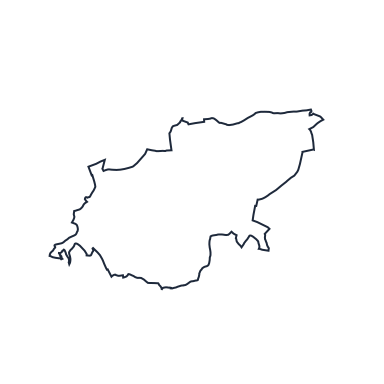 Madaras, Mures, Romania (Mercator projection), rotated 129°
{"feature_id": "2599482B13293210118033", "entity_name": "Madaras", "entity_type": "district", "adm_level": 2, "iso_a3": "ROU", "parent_name": "Romania", "parent_adm1": "Mures", "projection": "mercator", "projection_center": [24.418, 46.612], "detail": "fine", "context": "isolated", "style": "outline", "palette": "slate", "viewbox_px": 384, "rotation_deg": 129, "n_neighbors": 0, "source": "geoboundaries", "source_scale": "gbopen_adm2", "svg_char_len": 6064}
<svg xmlns="http://www.w3.org/2000/svg" viewBox="0 0 384 384"><g transform="rotate(129 192 192)"><path d="M280.2,147.8L279.5,146.8L279.1,146.5L278.0,145.8L276.3,144.4L274.6,143.5L272.5,142.1L271.7,141.6L270.7,140.7L270.2,140.0L269.7,139.8L269.4,139.4L268.3,138.5L266.5,137.8L263.8,137.1L262.7,136.8L261.8,136.2L260.7,135.1L260.1,134.6L258.7,133.6L258.0,132.9L257.4,132.4L257.0,132.2L256.7,132.1L256.4,132.2L255.5,132.7L253.7,133.3L253.2,133.5L252.8,133.8L251.8,134.2L251.4,134.5L251.2,134.8L250.8,135.0L248.3,135.8L247.6,135.9L247.0,135.9L246.5,135.8L244.7,136.0L243.7,135.7L242.5,135.3L241.7,134.8L240.3,133.8L239.3,133.4L238.3,133.3L236.5,133.9L233.8,135.4L231.6,137.0L230.0,137.6L229.3,138.0L227.2,139.7L225.6,141.4L224.0,143.3L221.7,145.6L219.7,147.1L218.2,148.0L217.4,148.2L215.1,149.5L214.7,149.6L213.6,149.1L212.6,148.4L209.8,145.8L209.0,145.3L208.3,144.6L206.7,142.7L205.7,141.3L204.8,139.7L203.9,138.3L203.5,137.9L202.7,137.2L202.4,136.9L201.9,136.8L201.0,136.6L198.0,136.3L198.2,133.6L197.9,131.8L197.5,130.2L199.6,129.2L200.4,128.8L200.7,128.0L202.1,126.4L202.5,125.5L203.1,122.9L203.2,121.1L203.4,119.9L203.8,118.7L200.0,119.0L198.9,119.3L196.0,119.4L193.9,119.3L192.5,119.5L192.3,119.5L191.9,119.5L189.9,119.8L189.6,119.7L189.2,119.4L188.6,118.3L188.3,116.3L188.3,115.5L188.3,113.6L188.3,112.0L188.6,110.7L188.5,110.4L188.7,109.8L188.8,109.4L189.7,108.4L191.4,105.9L192.2,105.1L192.6,104.8L194.1,104.3L193.7,103.8L193.0,102.0L192.8,101.3L192.4,100.6L189.5,95.6L188.6,96.2L187.9,96.6L187.4,96.9L187.2,97.3L186.9,98.1L186.9,98.6L186.3,99.6L186.1,100.1L184.4,102.3L184.0,103.3L183.2,104.4L182.8,105.4L181.5,106.7L179.3,108.1L178.8,109.1L171.9,108.6L171.7,110.9L172.0,112.3L174.3,122.3L175.9,127.0L171.2,129.8L163.0,134.2L162.4,133.3L156.6,136.2L155.9,135.3L153.4,133.4L151.9,132.6L149.8,131.7L147.0,130.8L144.7,130.3L137.6,127.9L130.5,126.5L124.8,125.2L123.3,125.0L118.7,124.1L114.9,122.8L110.0,122.9L107.8,123.4L102.4,125.7L91.6,131.1L91.3,131.4L85.2,126.5L83.3,125.0L82.6,124.5L82.4,123.9L77.0,129.1L72.0,134.6L71.2,136.1L70.2,137.5L69.4,139.4L69.3,140.4L65.2,138.6L60.8,138.0L59.3,137.7L56.0,136.7L53.2,135.5L52.7,138.8L52.7,140.1L54.4,145.3L54.8,146.7L54.8,147.0L56.9,147.5L58.4,148.8L57.3,149.8L55.8,150.3L54.6,149.7L53.8,150.3L53.1,151.5L56.5,154.4L59.2,157.3L63.6,161.2L64.3,162.0L65.1,163.1L65.8,163.9L70.0,168.2L71.3,169.1L72.3,169.8L74.5,171.9L75.4,172.9L76.7,175.0L79.1,177.7L79.5,178.3L79.8,178.9L80.0,180.0L80.4,180.9L80.9,181.9L81.1,182.3L83.9,186.0L86.1,188.7L86.7,189.3L88.6,190.9L90.5,192.2L90.8,192.3L92.0,192.4L94.1,193.0L96.5,194.0L99.2,195.2L103.7,196.7L105.7,197.5L106.7,197.9L108.3,198.8L109.1,199.0L109.4,199.3L109.5,199.5L110.5,200.3L113.8,202.6L116.6,205.2L117.2,206.1L117.8,207.1L117.8,207.4L117.8,207.8L118.0,208.3L119.9,212.8L120.9,214.0L121.0,214.3L121.0,214.8L121.0,215.9L120.9,217.4L120.9,218.9L121.0,220.6L121.2,221.6L122.0,223.0L122.9,223.7L123.4,223.9L125.2,225.5L127.9,228.4L129.8,226.7L136.6,233.0L141.6,237.3L141.2,238.2L140.7,239.0L142.7,244.8L140.7,245.8L140.9,246.0L142.1,245.6L143.8,245.4L144.4,245.5L144.9,245.4L145.3,245.1L149.2,245.7L151.7,247.5L152.9,248.2L153.8,248.2L155.1,248.0L157.7,246.9L158.9,246.6L160.6,246.5L165.1,242.1L172.5,234.2L175.9,238.0L176.9,238.5L177.3,239.0L177.7,239.6L178.6,240.8L180.0,242.3L181.8,244.3L182.6,245.3L183.2,246.7L184.8,249.4L187.0,253.7L191.9,252.4L204.1,252.9L209.0,253.8L209.9,254.2L213.0,256.3L216.5,258.9L219.7,261.7L222.4,264.6L225.1,268.3L226.7,270.8L227.6,271.7L229.5,273.0L231.3,274.0L230.3,276.3L229.8,276.4L221.9,280.0L225.8,282.2L230.4,284.2L237.5,288.4L242.2,280.4L241.6,280.1L245.4,274.5L247.3,272.0L248.8,270.4L251.0,269.8L252.8,269.4L255.2,269.2L257.3,268.9L259.2,268.5L259.6,268.5L260.1,268.4L260.5,268.5L261.3,269.3L261.7,269.4L262.2,269.7L262.2,270.0L262.4,270.2L262.4,270.6L262.7,271.1L263.1,271.3L263.6,271.3L264.3,271.1L265.0,270.7L265.2,270.0L265.6,268.6L265.7,267.4L267.8,268.1L269.2,268.3L270.5,268.2L271.7,267.9L272.7,267.8L274.2,267.9L275.4,268.1L276.3,268.4L278.8,270.1L279.8,270.7L280.9,271.6L283.7,269.9L284.5,268.9L285.1,268.0L285.8,267.5L287.0,267.0L288.4,266.6L291.3,266.1L290.2,262.8L290.1,262.1L290.1,261.1L290.3,260.4L291.2,259.0L292.2,257.8L293.1,257.0L294.5,256.3L295.0,256.3L295.5,256.2L297.0,255.7L298.1,255.6L298.6,255.7L299.7,256.1L300.9,256.7L302.4,257.5L304.1,258.3L304.9,258.7L306.8,259.0L308.3,259.4L309.3,259.8L311.7,260.2L312.4,260.4L313.4,260.8L314.2,261.3L318.0,264.4L319.0,265.1L319.8,265.3L320.1,265.2L320.5,264.7L320.7,264.1L320.9,263.6L321.3,263.4L323.1,263.5L324.8,263.2L325.3,263.2L325.9,263.3L326.6,263.5L328.7,263.6L329.9,263.2L331.3,262.4L330.8,261.3L330.4,259.4L329.0,256.6L327.3,253.8L326.4,252.7L326.6,251.3L325.5,250.7L324.7,253.9L324.1,253.5L323.6,255.8L323.4,256.8L323.1,257.0L322.9,256.7L322.7,256.2L322.0,255.8L320.5,255.5L320.0,255.4L319.7,255.7L319.2,255.7L319.0,255.4L317.5,255.4L317.4,255.1L317.5,254.2L318.7,251.9L319.7,250.6L320.7,247.9L321.2,246.1L322.2,244.8L323.5,243.7L324.2,243.6L325.4,241.9L323.7,242.3L322.1,243.2L320.6,244.3L318.8,246.3L317.5,248.3L316.6,249.3L315.8,249.7L313.5,249.9L311.7,249.6L310.2,249.6L308.6,249.6L306.1,250.4L305.4,250.2L304.7,249.2L304.4,247.7L304.3,245.2L304.6,243.0L305.2,238.5L306.5,234.8L307.6,234.0L305.9,231.5L305.3,231.0L304.9,230.8L304.3,230.8L301.4,231.6L300.4,231.6L299.6,231.8L298.5,233.7L297.8,233.6L298.4,227.3L299.0,223.8L300.5,219.9L301.4,218.0L303.1,215.0L305.2,210.9L305.9,209.2L305.2,208.8L308.5,201.3L307.6,201.2L306.8,201.0L306.1,200.7L305.2,200.3L304.4,199.4L304.5,199.0L303.6,196.7L302.9,195.8L302.0,194.9L300.2,193.3L301.8,191.6L300.7,190.8L298.9,189.8L297.2,189.6L296.6,189.7L295.9,189.8L295.6,189.5L295.3,188.8L295.0,188.0L294.6,186.3L294.1,184.6L293.9,182.6L293.2,180.6L292.8,180.0L291.9,179.0L290.8,177.4L290.3,174.2L290.4,171.9L290.4,169.2L290.0,168.5L286.6,164.1L284.2,160.8L284.3,160.3L284.8,159.3L285.0,158.6L285.1,157.3L285.4,156.3L285.7,155.4L286.5,154.5L286.4,154.2L285.7,154.3L284.7,154.2L283.1,152.9L282.5,152.3L281.7,151.2L281.2,150.2L280.2,149.0L279.7,148.0L280.2,147.8Z" fill="none" stroke="#1e293b" stroke-width="2"/></g></svg>